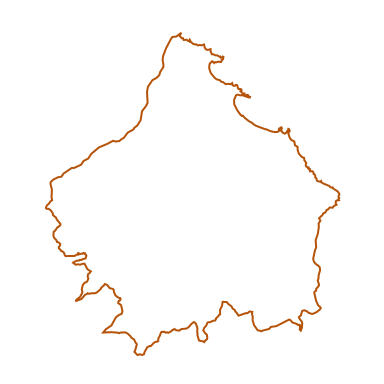 Nasca, Ica, Peru (Albers equal-area conic projection), rotated 176°
{"feature_id": "86281439B61745843991716", "entity_name": "Nasca", "entity_type": "district", "adm_level": 2, "iso_a3": "PER", "parent_name": "Peru", "parent_adm1": "Ica", "projection": "albers", "projection_center": [-75.123, -14.994], "detail": "fine", "context": "isolated", "style": "outline", "palette": "amber", "viewbox_px": 384, "rotation_deg": 176, "n_neighbors": 0, "source": "geoboundaries", "source_scale": "gbopen_adm2", "svg_char_len": 5869}
<svg xmlns="http://www.w3.org/2000/svg" viewBox="0 0 384 384"><g transform="rotate(176 192 192)"><path d="M297.9,230.6L300.7,227.0L307.9,224.2L310.2,224.4L318.8,219.4L321.2,216.4L324.8,216.0L329.4,214.1L332.2,211.9L332.6,210.1L331.6,204.1L332.5,196.4L332.1,193.5L333.9,192.5L335.7,190.2L337.4,189.0L338.3,187.8L338.8,186.2L338.3,185.4L336.3,185.2L334.3,183.7L332.5,180.9L332.2,178.5L329.4,175.9L328.8,174.0L325.4,169.2L325.7,167.9L326.6,167.5L327.6,166.5L328.8,166.1L331.2,163.0L332.8,161.9L333.3,158.2L332.8,156.1L330.6,153.3L330.1,151.5L328.5,151.0L327.0,149.3L327.6,147.5L328.7,146.4L328.6,144.9L327.2,143.5L326.7,142.3L325.3,141.7L324.0,140.4L323.3,137.8L322.6,136.9L313.4,136.4L311.8,137.4L310.6,137.5L309.4,139.9L309.9,138.0L309.1,136.8L309.5,138.3L307.4,138.0L305.6,138.2L304.7,138.8L304.1,138.2L303.2,138.4L303.1,137.4L302.2,136.9L301.8,135.8L302.9,133.1L305.7,132.7L307.0,131.9L308.7,132.1L309.7,131.4L311.3,131.6L315.0,130.2L315.6,129.7L313.1,127.6L310.9,127.8L308.6,127.3L306.2,128.0L304.2,128.0L302.0,122.9L301.0,121.6L298.4,119.9L299.9,118.2L301.4,117.3L302.0,114.7L301.4,113.1L302.5,110.6L303.3,109.7L305.5,108.9L307.4,106.9L308.8,102.4L308.3,100.3L308.8,98.5L311.1,95.1L314.6,92.7L315.3,91.9L315.2,91.4L309.7,93.0L305.7,97.1L304.2,97.4L303.2,98.3L302.2,97.7L298.1,98.0L296.3,97.7L294.1,98.3L289.8,101.6L289.1,103.0L286.9,104.5L285.4,106.3L282.9,105.0L280.9,101.9L277.7,100.8L276.9,99.9L276.9,98.1L275.7,94.3L273.4,92.2L271.8,91.2L271.0,91.2L270.7,90.7L271.2,89.0L272.8,88.4L273.4,86.4L270.6,84.1L269.7,78.0L270.4,75.9L271.0,75.2L273.2,74.6L276.6,72.4L281.7,64.5L287.5,61.1L290.4,58.0L282.5,57.8L275.9,56.9L274.8,56.2L273.2,56.8L268.3,56.6L266.2,55.4L263.6,52.6L262.7,50.9L260.0,48.9L259.0,46.0L257.6,44.0L259.7,38.0L260.6,36.6L258.0,33.4L257.5,33.1L255.7,33.8L253.1,32.9L251.2,33.5L250.6,35.5L247.5,40.2L245.0,41.3L243.8,41.2L240.7,44.1L238.8,45.1L237.2,45.1L236.1,45.6L235.8,48.3L234.3,50.5L232.7,54.0L231.9,54.7L230.3,54.3L229.6,54.6L227.7,53.4L226.6,53.8L225.4,53.2L222.6,54.4L221.1,55.8L220.0,55.9L219.1,56.6L217.4,55.2L214.4,54.6L212.1,56.0L206.9,56.2L204.7,57.5L201.6,60.6L199.6,62.0L198.7,61.9L197.3,60.4L196.3,56.7L196.1,55.0L196.6,52.4L196.3,50.3L196.6,48.7L195.3,43.3L191.2,42.2L190.4,41.4L189.1,42.9L187.4,44.0L186.9,45.4L187.1,48.5L188.7,50.2L190.4,53.2L189.3,55.6L187.0,57.8L186.3,59.7L185.2,60.9L183.0,60.9L179.9,62.1L177.9,62.2L177.1,63.2L177.0,64.1L174.2,66.5L173.6,67.5L172.5,68.0L172.2,72.6L170.0,76.3L169.1,80.3L164.8,79.7L164.0,78.2L160.4,75.0L159.7,73.0L157.6,71.3L157.1,69.7L156.0,68.7L154.2,65.4L146.8,67.4L145.2,67.2L142.9,68.8L140.2,68.2L140.7,65.9L140.1,63.7L140.5,59.9L139.3,54.7L136.1,49.4L134.2,49.0L132.5,48.2L131.4,48.8L124.6,50.0L122.8,51.9L117.3,52.3L103.9,58.0L102.2,56.8L101.2,55.0L96.6,53.0L95.6,51.9L94.4,52.2L93.7,51.9L93.5,51.2L94.1,47.2L93.2,46.1L91.9,48.7L91.2,52.9L91.5,54.9L93.8,58.5L94.1,59.8L92.0,61.3L90.4,65.7L88.2,66.2L85.6,64.9L84.2,63.4L80.9,62.0L79.7,62.1L76.1,63.5L72.7,65.8L71.7,67.1L71.9,68.0L74.0,70.1L74.5,71.3L75.8,75.0L77.1,83.0L76.6,84.1L75.0,84.9L74.8,86.9L72.5,89.0L71.7,90.4L72.7,94.9L72.0,96.5L71.4,100.4L69.7,105.0L69.7,107.0L70.0,108.3L71.4,110.0L72.3,110.4L74.3,112.5L75.3,114.3L75.8,116.8L73.5,125.0L72.0,128.1L72.0,135.2L69.4,141.5L67.9,148.4L67.9,151.8L65.9,154.4L67.1,157.0L63.6,159.8L62.4,161.7L60.8,162.0L59.4,163.7L59.1,164.6L57.7,165.0L55.6,167.0L52.8,166.5L51.5,168.1L48.7,169.2L49.5,170.9L49.1,172.8L48.5,173.4L46.0,173.6L46.4,174.5L45.6,175.7L46.2,176.2L46.0,178.0L45.2,179.1L45.2,180.0L46.7,182.5L50.9,185.6L51.4,186.8L52.5,186.6L53.9,187.4L54.5,188.4L60.2,191.2L62.5,192.8L62.5,193.9L63.6,193.3L66.3,194.3L66.9,195.6L66.9,197.0L68.0,197.9L68.0,199.9L68.7,201.2L69.4,201.4L69.6,203.5L70.4,204.3L72.8,204.4L72.7,205.6L73.3,206.1L72.9,206.6L73.6,206.9L73.8,207.9L74.5,207.7L74.5,208.6L76.3,209.4L76.7,211.0L76.0,213.0L77.7,215.8L77.8,218.2L79.8,219.1L82.7,222.7L83.7,226.6L83.5,229.7L86.0,231.4L86.4,235.3L89.3,237.0L90.8,239.5L91.7,242.9L91.7,244.1L90.2,246.2L91.0,248.2L91.5,248.3L91.6,247.2L93.0,245.9L93.3,244.9L95.4,243.7L97.7,245.2L98.0,246.1L98.7,246.7L98.7,247.9L97.9,249.2L98.2,250.2L99.0,250.2L99.7,249.3L100.6,249.3L101.0,248.5L100.7,246.9L102.8,245.9L105.4,246.0L109.4,247.2L113.3,249.3L114.5,249.5L123.8,253.7L126.5,255.8L126.9,256.6L130.2,258.6L133.9,262.0L136.1,264.7L137.0,264.4L138.4,265.9L141.0,270.1L143.8,276.7L143.6,281.0L141.6,284.9L140.9,285.7L139.5,285.9L136.9,285.0L135.9,285.2L134.2,284.7L129.4,282.6L127.8,282.2L127.5,282.9L128.7,283.3L129.6,285.0L130.6,285.1L132.7,284.5L133.2,285.9L132.9,286.6L134.8,286.7L135.2,287.8L136.7,289.0L136.3,290.2L135.5,290.2L135.6,290.9L137.1,291.6L138.1,291.3L138.9,292.3L139.4,295.3L140.9,295.8L141.4,295.2L142.9,294.9L144.1,295.9L144.3,297.8L146.0,296.8L148.3,297.4L150.8,297.2L153.5,299.5L155.3,300.0L156.3,301.5L159.8,302.8L161.5,304.4L164.8,309.1L165.9,312.6L166.2,315.1L165.5,318.5L164.4,319.9L163.4,320.0L162.8,321.0L161.5,320.2L160.8,319.1L159.9,319.9L158.6,319.7L156.7,320.2L154.1,319.6L153.2,320.8L153.2,321.8L151.9,322.1L151.2,324.5L151.9,325.0L152.8,324.2L154.0,324.0L154.5,325.2L155.3,325.1L157.2,326.5L159.0,326.7L161.5,328.0L162.5,328.0L163.7,330.9L163.5,333.2L166.6,332.6L168.3,333.5L169.2,335.1L169.7,338.3L172.3,337.6L173.8,338.1L176.0,337.8L177.4,339.0L178.8,339.0L180.9,339.9L182.5,341.8L183.7,341.9L184.0,342.5L183.3,343.4L183.7,344.1L184.1,343.2L185.3,342.9L186.8,344.3L189.7,344.2L190.3,346.1L191.3,346.0L193.4,348.4L192.7,350.3L192.0,350.7L192.2,351.1L196.8,348.2L200.7,348.0L202.1,346.5L207.8,337.3L211.4,329.5L212.1,325.8L211.6,320.7L212.0,318.4L215.3,314.1L216.4,311.0L219.4,308.3L223.7,306.3L228.6,300.1L229.9,295.0L230.1,284.0L231.7,281.2L236.2,276.1L238.3,267.1L241.9,262.2L245.1,260.0L246.0,258.5L252.0,255.7L256.3,250.7L258.7,249.6L260.9,247.9L264.8,247.7L267.2,248.6L272.7,246.1L281.7,243.0L289.8,237.1L293.2,232.6L297.9,230.6Z" fill="none" stroke="#b45309" stroke-width="2"/></g></svg>